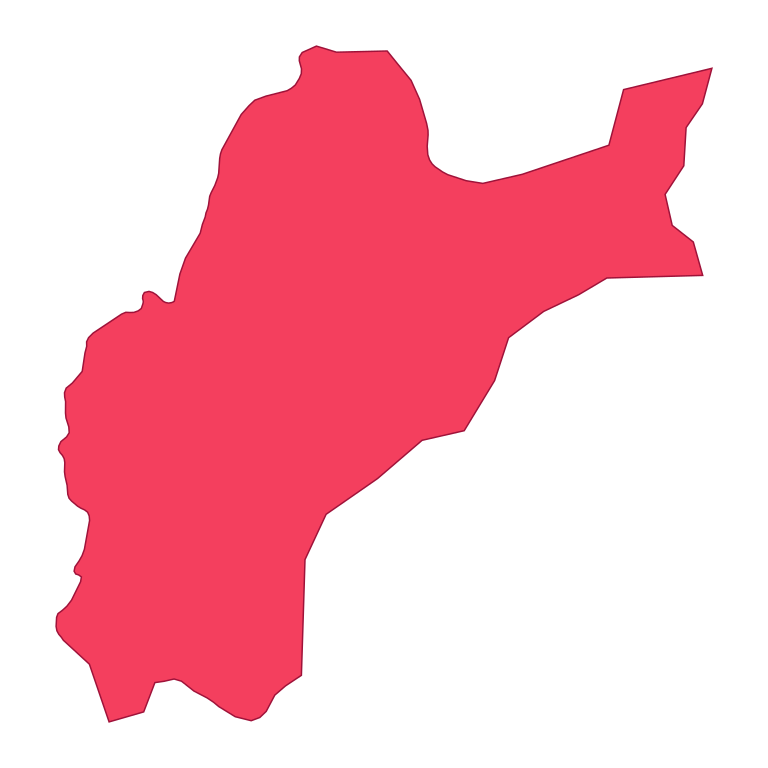 outline of Pita
{"feature_id": "GIN-5656", "entity_name": "Pita", "entity_type": "Prefecture", "adm_level": 1, "iso_a3": "GIN", "parent_name": "Guinea", "parent_adm1": "", "projection": "orthographic", "projection_center": [-12.737, 10.896], "detail": "fine", "context": "isolated", "style": "filled", "palette": "rose", "viewbox_px": 768, "rotation_deg": 0, "n_neighbors": 0, "source": "natural_earth", "source_scale": "10m", "svg_char_len": 2015}
<svg xmlns="http://www.w3.org/2000/svg" viewBox="0 0 768 768"><path d="M608.9,145.2L623.6,89.6L711.9,68.3L702.4,103.8L686.1,127.6L683.8,165.8L665.1,194.4L672.2,225.4L693.3,242.0L702.7,275.4L606.8,278.0L578.7,294.7L543.7,311.4L508.6,337.7L494.6,380.6L464.2,430.7L422.1,440.3L377.6,478.5L326.1,514.3L305.0,559.6L301.4,675.3L285.5,685.9L274.8,695.1L266.2,711.4L259.8,717.5L251.2,720.7L235.2,716.7L218.8,706.6L213.5,702.2L207.1,697.9L194.0,691.1L181.5,681.2L174.1,679.0L164.0,681.3L154.9,682.6L143.7,711.9L109.1,721.9L89.4,664.2L63.4,640.3L61.3,637.2L58.8,634.3L56.9,630.8L56.1,626.4L56.6,617.3L58.0,613.6L62.4,610.3L66.9,606.2L71.5,600.2L80.6,581.7L81.4,576.9L78.6,574.9L75.7,574.0L74.1,571.2L75.0,566.8L79.1,560.9L82.1,555.6L84.4,549.3L89.6,520.5L89.2,515.9L87.6,512.2L84.6,509.9L80.9,508.2L77.5,506.1L71.6,501.1L69.1,498.3L67.8,494.4L67.1,485.3L65.1,476.5L64.5,471.8L64.8,462.7L64.2,458.7L62.5,455.5L60.1,452.7L58.5,449.7L58.8,446.0L60.9,441.6L66.6,436.9L69.2,432.7L68.8,426.9L66.0,418.0L65.5,413.1L65.6,401.6L64.7,397.0L64.5,392.7L66.2,388.1L72.4,383.0L82.2,371.4L85.0,352.9L86.7,346.3L86.6,341.8L88.6,337.6L93.1,333.1L121.6,314.1L125.8,312.3L129.7,312.5L133.9,312.4L138.1,310.9L141.3,308.5L142.9,303.8L143.3,301.9L143.1,300.4L142.6,298.6L142.8,295.5L144.4,292.5L149.0,291.4L152.7,292.5L156.2,294.7L163.1,301.2L163.9,301.7L165.6,302.5L168.6,303.1L171.6,302.6L173.5,301.8L174.3,301.2L179.9,274.0L185.5,258.1L200.2,233.2L202.4,224.4L205.2,217.0L206.0,212.9L207.5,209.2L208.5,205.1L209.7,196.3L211.2,192.6L214.8,185.5L217.7,177.7L218.7,173.2L219.7,158.4L220.5,153.8L221.9,149.7L241.2,114.5L249.0,105.7L254.8,100.2L266.0,96.1L287.2,90.7L291.3,88.3L295.3,85.0L299.3,78.5L301.3,73.7L301.5,68.8L299.3,60.8L299.4,56.9L302.2,52.5L316.4,46.1L336.5,52.2L387.2,51.0L397.6,63.9L411.1,80.4L419.6,99.4L426.6,123.4L428.0,130.4L428.1,135.0L427.2,146.3L427.8,154.7L429.6,160.0L432.1,163.9L435.1,166.8L442.5,171.9L447.8,174.7L466.1,180.7L482.8,183.4L522.3,174.3L608.9,145.2Z" fill="#f43f5e" stroke="#9f1239" stroke-width="1.5"/></svg>